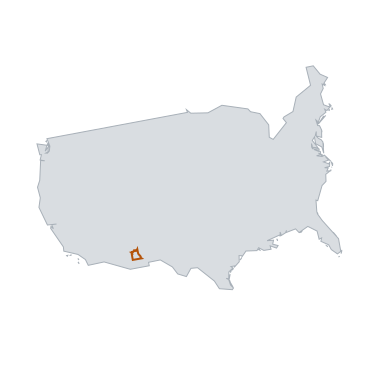 Graham, Arizona, United States of America (highlighted), rotated 350°
{"feature_id": "52423323B31038299720868", "entity_name": "Graham", "entity_type": "district", "adm_level": 2, "iso_a3": "USA", "parent_name": "United States of America", "parent_adm1": "Arizona", "projection": "orthographic", "projection_center": [-110.126, 33.039], "detail": "fine", "context": "in_parent", "style": "outline", "palette": "amber", "viewbox_px": 384, "rotation_deg": 350, "n_neighbors": 0, "source": "geoboundaries", "source_scale": "gbopen_adm2", "svg_char_len": 4566}
<svg xmlns="http://www.w3.org/2000/svg" viewBox="0 0 384 384"><g transform="rotate(350 192 192)"><path d="M311.1,116.6L327.3,107.5L326.0,89.0L333.3,88.8L338.6,98.2L345.4,102.8L340.5,108.1L341.0,110.0L338.9,108.3L339.2,112.8L335.6,117.7L336.7,128.9L341.5,131.8L343.2,130.4L341.9,128.8L342.9,129.4L344.0,131.3L339.0,135.2L337.0,133.5L337.7,136.7L331.4,140.2L327.9,146.2L327.6,143.8L326.5,142.5L327.3,148.4L329.1,148.8L330.4,153.5L329.2,160.7L324.1,158.5L324.9,154.0L323.3,157.5L325.9,161.2L328.3,163.0L329.6,165.5L328.5,176.7L327.7,170.2L322.1,165.9L322.2,159.0L319.4,162.1L323.8,170.5L319.4,169.1L318.3,169.8L318.4,166.6L318.0,165.8L317.6,168.4L318.2,170.3L324.7,171.8L324.1,173.8L320.6,171.6L319.6,171.4L323.8,174.0L325.4,174.3L325.4,176.8L323.2,175.7L326.9,178.2L326.4,178.8L324.6,177.6L321.0,177.9L326.2,179.7L328.8,178.7L334.2,185.9L329.7,180.5L331.9,184.3L326.7,185.2L331.6,188.0L332.9,186.2L331.9,190.7L326.8,191.1L330.3,192.0L328.4,194.8L331.8,195.1L326.8,197.8L325.8,204.8L321.2,208.2L314.3,222.4L312.7,221.5L311.5,232.9L311.8,235.5L315.3,242.7L328.2,263.4L328.2,276.3L324.5,278.2L319.2,272.9L317.4,267.7L310.4,263.0L311.7,259.7L309.0,260.6L308.4,252.2L300.1,246.0L290.4,250.5L287.6,246.3L277.5,248.3L278.4,246.2L277.0,248.4L272.5,250.3L271.8,246.7L271.5,249.4L257.5,253.0L263.9,253.6L262.4,257.4L267.5,259.7L265.5,261.9L259.6,258.6L259.9,262.1L252.6,262.0L247.9,258.4L245.8,261.0L234.9,259.5L229.4,265.1L230.8,263.6L227.3,262.8L226.4,268.9L220.4,273.6L221.7,272.2L217.4,272.2L219.1,274.0L214.4,277.1L213.1,283.8L210.7,283.0L212.9,284.5L213.8,290.4L216.2,293.7L214.8,295.2L202.2,292.0L198.6,283.6L184.3,267.5L177.7,267.0L171.8,274.3L163.7,270.2L159.7,262.4L149.0,253.4L137.0,253.7L137.1,257.2L117.8,257.4L93.3,245.6L77.1,246.2L75.3,240.0L68.9,233.7L55.5,228.0L55.8,223.7L46.5,203.3L47.1,201.4L49.1,204.1L48.1,199.8L53.0,200.0L43.9,199.4L38.6,180.6L41.6,171.4L40.7,160.5L44.1,154.0L48.4,134.7L52.4,135.7L48.0,134.1L50.2,129.1L48.6,128.9L47.7,117.7L57.3,120.8L54.5,126.3L58.3,122.6L57.3,127.4L54.7,128.3L56.4,128.7L58.6,126.9L60.0,122.1L58.4,114.3L201.4,112.8L200.8,109.9L204.5,114.2L221.4,116.8L236.5,111.8L261.5,119.9L263.6,123.1L272.5,126.6L279.2,139.2L277.6,151.5L281.1,154.3L297.0,140.1L294.4,135.4L295.7,134.0L305.4,130.3L311.1,116.6ZM334.3,141.6L337.0,139.8L328.1,147.1L334.9,139.9L334.3,141.6ZM58.4,119.1L59.3,122.2L59.1,122.7L57.7,120.2L58.4,119.1ZM215.9,292.7L213.8,287.7L213.6,284.8L214.1,287.8L215.9,292.7ZM341.3,108.1L342.0,109.6L341.4,109.5L341.3,108.1ZM248.3,259.9L248.8,261.1L247.5,260.3L248.3,259.9ZM60.4,233.4L62.0,232.9L62.1,233.1L60.4,233.4ZM58.7,232.8L58.0,233.6L57.5,232.8L58.7,232.8ZM341.7,134.3L341.3,135.6L341.0,135.5L341.7,134.3ZM214.2,281.9L213.5,284.4L215.3,279.5L214.2,281.9ZM324.3,256.5L326.7,260.6L323.9,256.1L324.3,256.5ZM68.3,238.0L68.9,239.3L68.2,238.1L68.3,238.0ZM329.0,276.8L328.1,278.6L329.5,275.0L329.0,276.8ZM335.5,188.6L334.9,190.7L334.4,186.3L335.5,188.6ZM57.5,116.4L57.4,117.3L56.9,116.8L57.5,116.4ZM219.3,274.9L217.1,276.3L219.3,274.6L219.3,274.9ZM344.5,133.6L344.9,134.7L344.0,134.8L344.5,133.6ZM68.0,241.5L68.4,243.1L67.7,241.7L68.0,241.5ZM216.6,277.2L215.7,278.0L216.4,276.9L216.6,277.2ZM329.8,167.5L329.4,170.3L329.6,166.5L329.8,167.5ZM228.9,266.2L227.5,267.4L229.4,265.4L228.9,266.2ZM312.0,234.0L312.2,235.9L311.8,234.7L312.0,234.0ZM332.3,195.2L332.0,195.7L332.8,193.9L332.3,195.2ZM294.0,249.2L292.5,250.6L291.8,250.6L294.0,249.2ZM271.8,250.1L271.6,250.5L270.5,250.6L271.8,250.1ZM315.6,268.4L316.1,269.6L315.2,268.2L315.6,268.4ZM267.8,253.7L267.8,255.0L267.3,252.8L267.8,253.7ZM325.9,281.1L325.0,281.5L326.2,280.8L325.9,281.1ZM330.5,154.4L330.3,155.7L330.4,153.9L330.5,154.4ZM334.1,191.4L333.7,192.1L334.1,191.4Z" fill="#d9dde1" stroke="#a8b0b8" stroke-width="1"/><path d="M121.9,242.5L121.9,244.1L121.9,247.9L121.9,248.6L122.6,248.6L123.8,248.6L130.1,248.6L130.9,248.6L130.1,247.8L130.1,247.7L130.2,247.3L130.1,247.2L130.2,246.9L130.2,246.6L130.0,246.1L129.9,246.0L129.5,245.3L129.4,245.3L128.3,243.4L128.2,238.8L128.0,239.1L127.8,239.1L127.6,239.2L127.5,239.3L127.4,239.4L127.1,239.4L127.0,239.5L126.8,239.9L126.7,239.9L126.6,240.0L126.4,240.3L126.2,240.2L126.1,239.9L125.7,239.5L125.4,239.5L125.1,239.4L124.9,239.4L124.9,239.5L124.9,239.9L124.9,240.2L124.5,240.3L124.4,240.3L124.1,240.3L123.9,240.3L123.7,240.5L123.4,240.6L123.2,240.6L122.9,240.6L122.7,240.6L122.6,240.8L122.4,240.9L122.2,240.8L122.1,241.0L121.9,241.0L122.0,241.1L121.9,241.1L121.9,241.3L121.9,241.5L121.9,241.8L121.9,242.0L122.0,242.0L122.1,242.3L122.2,242.5L121.9,242.5L121.9,242.5Z" fill="none" stroke="#b45309" stroke-width="2"/></g></svg>